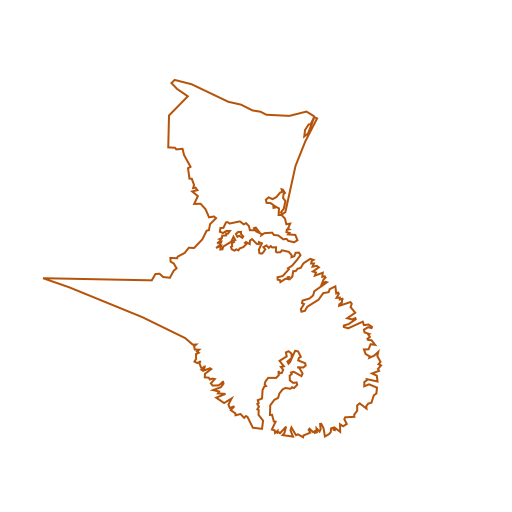 Christchurch City, Canterbury, New Zealand, rotated 30°
{"feature_id": "76426892B12142127553015", "entity_name": "Christchurch City", "entity_type": "district", "adm_level": 2, "iso_a3": "NZL", "parent_name": "New Zealand", "parent_adm1": "Canterbury", "projection": "equal_earth", "projection_center": [172.85, -43.646], "detail": "fine", "context": "isolated", "style": "outline", "palette": "amber", "viewbox_px": 512, "rotation_deg": 30, "n_neighbors": 0, "source": "geoboundaries", "source_scale": "gbopen_adm2", "svg_char_len": 6163}
<svg xmlns="http://www.w3.org/2000/svg" viewBox="0 0 512 512"><g transform="rotate(30 256 256)"><path d="M97.5,144.2L96.3,148.5L104.2,150.8L117.1,151.8L110.4,177.8L125.7,205.8L131.7,202.8L133.7,203.5L138.8,199.9L143.3,204.6L154.7,211.5L153.2,213.9L159.7,222.3L161.7,221.2L166.8,225.4L167.6,228.6L169.4,227.0L172.3,228.3L168.5,232.0L175.7,233.2L176.4,241.8L181.9,238.5L188.9,240.7L196.0,246.0L199.8,242.8L202.5,243.2L200.3,251.4L202.3,257.2L200.6,258.7L201.2,268.4L198.4,280.0L193.7,282.4L192.7,289.0L188.5,295.7L188.8,297.4L182.8,300.5L184.9,303.6L188.6,303.6L193.4,306.4L192.1,309.8L192.3,317.9L186.2,320.6L181.3,319.6L177.9,321.9L177.9,329.2L82.7,381.7L109.9,376.5L188.2,365.8L235.7,362.5L245.6,364.4L248.4,362.6L247.6,365.3L249.8,367.6L253.6,365.6L252.7,368.2L254.8,368.4L253.1,370.9L255.6,375.1L255.5,378.2L258.9,378.0L260.7,374.7L260.4,377.0L264.4,380.2L266.0,379.6L266.5,377.7L266.9,377.4L267.6,380.0L265.9,381.8L267.6,381.9L272.3,376.2L273.8,376.3L270.7,383.6L272.3,386.7L275.9,385.0L277.8,386.0L279.5,384.0L281.8,383.2L280.6,388.9L283.3,389.9L288.2,386.8L289.4,384.5L289.9,382.2L290.2,381.5L290.4,381.4L291.7,382.8L291.2,387.2L285.9,393.6L291.7,391.8L291.7,394.0L298.5,390.7L292.4,398.6L301.9,399.3L306.1,391.6L306.4,398.5L309.2,400.7L312.4,397.0L311.1,402.1L316.9,402.6L317.9,404.2L321.6,400.6L326.7,402.1L327.3,399.7L329.1,399.6L339.1,406.3L347.6,402.7L344.5,395.1L337.6,392.3L335.4,388.1L333.8,388.1L333.9,385.0L331.1,383.5L331.8,381.9L329.6,380.0L332.5,376.4L328.7,368.8L328.4,364.9L329.7,363.6L327.6,362.7L326.9,360.0L327.5,355.4L334.4,351.5L335.3,347.9L333.0,344.4L335.3,345.7L336.8,344.4L336.4,340.9L333.0,339.6L335.3,337.6L328.8,335.0L332.8,327.6L330.1,324.5L331.9,322.2L335.5,322.8L337.9,326.5L336.0,331.7L338.0,333.0L338.5,330.9L337.3,318.5L340.2,317.6L345.2,320.9L344.1,322.9L344.7,325.3L352.2,324.3L353.8,326.0L352.7,328.9L347.4,331.7L349.5,331.3L355.1,334.5L355.4,337.3L346.5,337.4L344.6,339.4L346.0,340.3L345.0,342.8L347.5,346.8L351.7,347.3L354.4,345.2L356.1,347.0L354.9,351.4L352.0,351.8L353.0,352.1L352.1,353.8L347.5,355.6L345.8,358.1L345.0,363.4L346.1,367.9L343.8,371.4L343.0,378.2L347.6,386.7L349.3,385.5L354.1,390.3L355.8,389.7L356.5,398.3L359.4,397.7L361.0,399.7L362.0,396.8L363.0,399.2L363.1,397.1L365.4,397.5L367.4,388.7L369.1,394.9L368.6,397.8L378.4,393.9L373.1,389.8L372.4,386.8L380.3,391.2L381.4,389.5L387.4,389.4L386.9,387.6L391.3,381.9L388.5,380.1L388.7,378.8L393.5,380.0L394.5,378.3L395.4,379.7L396.9,378.3L394.6,375.0L398.8,376.3L398.6,373.7L395.5,369.4L396.4,368.7L400.6,371.4L405.9,377.8L408.3,373.8L408.8,371.1L407.2,367.8L409.0,365.8L410.0,367.7L411.3,367.4L410.6,365.4L416.8,366.2L412.9,359.7L416.6,359.9L418.6,356.1L414.1,353.2L413.9,351.1L421.6,346.1L420.4,344.3L421.0,339.4L418.3,334.8L419.5,331.8L428.0,332.9L426.6,330.9L427.0,327.7L429.3,325.4L427.7,317.7L429.0,314.9L426.6,309.5L418.1,310.6L414.9,314.7L412.8,310.9L414.1,308.2L413.4,307.3L424.0,303.9L420.4,299.2L415.2,299.7L420.0,293.9L418.1,292.8L419.0,288.2L416.2,288.5L416.8,285.5L411.1,282.0L409.8,277.9L408.2,283.2L405.0,287.5L404.7,286.1L399.9,286.1L396.2,282.9L400.1,280.6L399.4,275.1L403.6,273.4L398.1,271.2L395.0,272.7L393.9,272.0L395.1,269.2L392.5,267.9L393.1,266.9L388.2,267.9L386.3,265.8L388.7,261.6L392.1,260.7L391.9,259.4L387.7,259.1L384.0,261.9L381.3,259.5L372.0,272.5L367.6,273.6L366.8,272.3L370.3,268.6L374.0,260.9L373.0,260.1L371.1,262.8L366.1,264.3L370.3,255.5L363.5,253.0L362.8,249.5L360.8,248.7L352.9,257.6L352.3,256.2L353.7,253.3L352.2,250.6L352.8,249.2L350.3,251.7L349.4,250.1L346.7,252.0L346.6,247.3L345.5,246.6L344.2,248.3L339.9,242.6L336.4,247.9L337.0,251.0L332.8,254.5L332.0,262.6L325.8,274.3L325.8,279.0L323.2,281.5L321.4,279.6L321.6,273.6L319.4,273.8L318.6,271.3L323.6,266.0L325.2,261.6L324.1,257.4L330.6,243.3L328.9,243.7L327.1,248.3L326.2,242.5L327.0,239.9L325.7,239.2L323.8,240.9L322.2,237.1L316.8,243.6L316.2,240.3L313.0,241.0L316.1,234.4L313.5,234.2L310.3,237.0L309.9,233.5L307.5,234.9L306.7,232.4L307.7,230.7L304.4,231.3L300.7,238.7L300.7,243.9L298.4,246.2L297.9,249.3L295.8,250.5L297.8,255.8L296.7,259.5L292.9,260.9L290.2,266.4L288.8,264.9L286.6,265.7L285.3,263.6L289.1,260.1L291.1,251.1L289.8,250.7L292.1,246.4L293.5,238.6L294.1,233.1L291.6,231.6L288.7,233.4L289.3,237.0L287.3,239.3L286.5,237.5L282.3,236.0L275.6,238.1L275.3,240.5L272.5,242.4L271.0,242.3L269.0,238.4L265.8,240.5L263.8,240.0L263.0,242.6L259.8,241.6L258.0,244.6L260.7,245.6L260.5,249.1L259.9,251.0L257.6,251.9L255.3,249.1L254.8,242.1L251.6,242.5L252.5,244.3L250.6,245.1L244.1,243.4L243.1,245.7L244.6,248.8L240.3,248.9L239.9,250.1L241.7,250.4L240.6,254.6L238.1,257.6L238.0,259.9L235.6,260.1L234.7,262.1L231.6,262.3L229.8,260.7L230.5,259.5L228.7,257.0L229.9,255.0L228.6,254.5L230.1,252.5L226.9,250.6L227.4,256.0L222.9,264.3L223.6,267.0L221.8,268.2L220.7,264.5L217.5,269.0L219.1,264.7L218.8,261.3L216.1,264.5L217.4,260.8L217.4,259.2L216.0,259.5L217.5,257.3L216.5,255.3L219.9,253.1L219.0,251.5L220.5,250.6L220.9,247.3L217.8,249.1L216.0,252.6L212.6,253.1L211.2,249.6L213.7,247.9L213.2,241.9L214.4,240.9L216.9,241.1L224.7,234.1L229.6,234.7L231.0,232.5L235.0,233.7L237.8,236.7L242.4,234.2L240.3,232.9L241.6,231.5L245.8,233.2L243.2,234.7L250.0,234.1L250.3,235.3L251.9,232.0L258.3,227.7L261.0,228.8L265.0,227.1L271.3,227.9L273.9,225.9L276.4,226.8L282.2,225.0L284.0,221.6L279.5,218.1L273.1,221.2L273.5,219.3L270.4,220.1L269.5,217.8L271.2,216.4L270.0,216.4L269.4,210.9L266.4,213.3L262.3,209.1L257.7,207.7L255.1,209.2L252.1,203.3L247.7,203.4L249.1,203.7L247.1,205.6L245.6,203.4L247.6,203.4L242.2,202.9L238.6,204.7L236.4,202.4L237.6,198.9L241.9,198.5L244.2,194.8L245.2,189.0L246.7,187.4L244.8,185.4L246.1,185.1L249.6,186.9L248.8,188.3L250.5,192.3L254.0,193.7L256.4,201.1L255.8,205.9L258.0,206.3L259.5,203.4L245.2,158.3L241.4,132.2L240.1,106.3L237.1,106.6L239.8,123.9L238.0,128.3L235.5,122.4L235.8,115.8L237.4,114.6L237.0,107.6L236.0,105.9L227.5,105.7L214.8,118.0L194.3,128.5L187.8,128.8L180.1,131.7L167.4,132.4L154.9,136.3L114.1,139.5L97.5,144.2ZM231.8,244.3L231.0,242.6L228.5,244.1L227.6,246.9L230.3,248.7L231.4,246.9L235.1,247.1L235.2,245.5L231.8,244.3ZM293.7,259.5L294.9,258.1L294.9,257.9L294.2,258.3L293.7,259.5Z" fill="none" stroke="#b45309" stroke-width="2"/></g></svg>